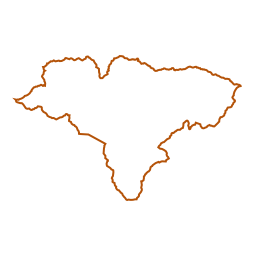 Contumaza, Cajamarca, Peru
{"feature_id": "86281439B42243270473185", "entity_name": "Contumaza", "entity_type": "district", "adm_level": 2, "iso_a3": "PER", "parent_name": "Peru", "parent_adm1": "Cajamarca", "projection": "albers", "projection_center": [-78.994, -7.42], "detail": "fine", "context": "isolated", "style": "outline", "palette": "amber", "viewbox_px": 256, "rotation_deg": 0, "n_neighbors": 0, "source": "geoboundaries", "source_scale": "gbopen_adm2", "svg_char_len": 5720}
<svg xmlns="http://www.w3.org/2000/svg" viewBox="0 0 256 256"><path d="M141.7,188.6L141.3,188.1L141.2,187.7L141.8,185.1L141.8,184.5L141.6,183.9L141.6,182.6L141.2,181.7L141.2,181.3L142.3,181.1L143.5,180.3L143.9,178.2L143.9,176.4L144.7,175.7L145.2,174.3L146.2,173.7L146.5,172.9L146.9,172.7L147.8,171.8L148.7,171.5L150.0,169.9L150.6,167.2L151.6,166.3L152.2,166.1L152.7,165.2L155.6,163.1L158.5,161.9L159.2,162.5L159.5,162.5L160.3,161.9L162.1,161.3L165.8,161.5L166.2,160.1L168.8,158.5L168.1,157.0L167.6,156.7L166.9,155.7L166.6,154.4L166.9,153.2L165.9,151.3L163.9,149.9L161.9,148.9L160.1,148.7L158.3,147.3L159.0,146.0L160.4,144.8L161.0,143.4L163.0,142.3L164.0,142.1L167.1,139.2L169.0,138.4L169.8,137.8L170.0,137.2L169.9,136.3L170.6,135.9L171.4,135.0L171.4,133.8L171.8,133.2L172.6,132.9L173.3,133.0L174.3,132.4L174.8,131.7L176.0,131.2L176.3,130.7L177.8,129.8L180.0,129.8L181.5,128.4L182.9,127.9L183.4,125.3L183.4,123.8L183.6,123.1L184.8,122.3L185.7,121.3L187.0,120.6L187.4,120.7L187.9,121.1L188.7,122.9L188.8,123.5L188.2,125.6L188.8,127.0L189.1,128.9L189.5,129.2L190.0,129.1L190.4,128.6L190.8,126.9L191.6,126.5L192.2,125.6L194.1,124.7L194.7,124.8L195.1,124.7L195.8,122.7L200.3,124.3L200.7,126.1L202.3,128.1L203.6,128.3L204.6,128.0L205.1,127.6L206.0,127.4L206.9,126.9L207.3,126.2L208.5,125.4L209.0,125.4L209.6,125.0L210.6,125.7L211.7,125.7L212.5,126.2L213.4,126.2L214.0,126.5L214.6,126.2L218.1,122.8L218.4,122.3L219.2,121.7L219.4,119.3L220.5,117.2L221.8,117.1L223.8,115.8L224.3,115.1L224.5,113.8L225.3,112.9L225.5,110.7L226.5,110.1L227.7,107.6L230.7,107.2L231.6,106.6L232.2,105.1L233.0,104.2L233.5,102.7L234.5,102.0L235.0,101.0L234.8,100.3L234.0,99.8L232.4,97.6L232.7,96.6L233.8,95.3L233.7,94.3L234.4,91.9L235.4,90.0L236.8,87.9L239.2,86.3L240.6,86.1L240.5,85.6L239.2,84.8L237.3,84.5L236.8,84.1L234.3,84.6L233.0,83.5L232.2,82.4L231.3,81.8L231.2,81.4L230.0,80.7L229.6,79.5L229.2,79.2L227.3,78.8L226.1,78.8L225.8,78.9L225.1,78.8L223.3,77.7L221.6,77.6L219.9,76.7L218.7,75.8L217.8,75.7L216.9,75.3L216.4,74.7L215.6,74.3L213.5,74.9L213.0,74.8L212.3,74.5L211.1,72.7L210.2,72.1L208.2,71.7L206.8,70.3L205.9,69.9L205.1,69.9L203.9,69.3L203.0,69.6L202.2,69.1L200.8,69.2L200.0,68.1L199.2,68.3L197.7,67.4L197.0,67.7L196.1,66.8L195.1,66.9L193.4,67.5L192.4,67.5L190.0,66.6L188.7,66.9L187.4,67.5L186.9,68.0L184.9,69.1L183.9,69.1L181.7,69.6L180.2,69.1L178.1,70.0L176.7,69.8L175.4,70.0L175.1,70.3L174.2,70.0L173.9,69.2L173.1,68.1L172.1,68.1L171.6,68.4L171.1,69.1L170.2,69.1L169.2,69.6L168.7,69.7L167.8,69.4L166.3,69.3L164.8,68.5L163.9,68.4L163.2,69.0L161.7,69.3L161.2,69.8L159.8,69.8L157.7,70.3L157.0,70.8L155.3,70.9L154.0,69.9L153.5,68.8L152.6,68.3L151.7,68.2L150.6,67.6L150.4,66.8L149.8,66.1L149.1,66.1L148.6,65.6L147.9,65.5L147.3,64.8L146.9,64.7L145.7,63.6L144.2,63.0L143.4,63.6L142.5,63.5L141.4,63.8L139.7,61.6L137.9,60.9L137.9,60.5L138.4,59.7L137.9,58.7L137.2,58.6L136.4,59.3L135.2,59.8L134.3,59.7L133.8,59.3L133.1,59.5L132.2,59.2L131.1,59.7L128.9,59.9L127.6,58.9L127.2,58.4L124.6,58.1L123.3,56.5L122.5,56.5L121.9,56.1L121.1,56.2L119.8,56.0L118.3,57.2L115.6,58.3L114.3,58.3L114.1,58.4L114.1,58.9L113.4,60.3L112.8,60.8L111.7,60.9L111.0,63.6L109.5,64.9L109.2,65.9L109.2,66.2L108.6,66.8L108.9,68.1L108.2,69.3L108.7,70.0L108.8,70.6L108.2,71.1L107.5,71.3L107.1,72.3L107.6,73.7L107.6,74.2L104.4,75.8L102.9,77.7L102.3,78.1L100.4,78.1L99.7,77.1L99.4,76.0L99.7,74.2L99.1,72.4L98.9,68.8L97.1,67.5L96.2,67.2L96.5,65.4L96.3,64.5L95.4,63.6L94.3,62.0L93.6,60.4L92.0,59.9L90.8,59.0L89.6,57.7L88.7,57.5L88.3,56.8L87.9,56.5L86.7,56.7L86.2,56.9L85.6,58.7L84.2,59.2L82.5,60.4L81.7,60.2L78.8,58.2L76.9,58.9L76.2,59.5L75.0,60.1L74.4,60.2L73.9,60.1L72.4,58.8L71.1,58.3L70.5,58.4L69.4,59.2L65.9,58.0L65.1,58.4L64.9,59.0L64.2,59.7L61.6,61.0L59.6,61.1L58.9,60.6L55.7,61.3L55.3,61.3L53.8,60.4L52.4,61.3L50.6,61.3L50.0,62.0L49.1,62.5L48.2,63.5L47.1,63.4L46.6,65.1L44.3,66.9L43.1,67.0L43.6,68.4L43.8,69.6L44.2,70.2L45.0,70.7L44.3,71.1L43.8,71.9L43.5,74.1L42.3,75.5L42.0,76.6L44.3,79.9L44.4,81.4L44.9,82.1L45.2,83.4L45.0,85.8L44.6,85.7L43.8,85.2L43.2,85.9L42.8,85.9L42.1,85.2L41.0,84.8L39.3,85.8L38.2,85.8L37.2,86.6L35.7,86.6L34.8,87.2L33.8,87.4L31.8,89.8L31.6,91.0L30.8,91.4L30.6,92.1L29.5,93.5L27.7,94.9L26.2,95.6L24.8,95.9L24.0,96.9L22.5,98.0L20.8,98.8L19.2,99.2L18.8,99.7L18.4,99.8L17.4,99.5L16.7,99.8L15.4,99.5L16.0,100.1L16.2,101.6L17.1,102.2L20.0,103.1L21.9,103.2L23.2,104.4L25.7,108.0L26.3,108.5L27.4,108.8L29.2,108.5L29.6,109.0L31.2,110.0L32.2,109.8L32.9,109.2L33.9,109.2L35.1,108.0L35.9,108.1L37.0,107.4L37.9,106.3L41.0,106.8L41.5,107.1L41.8,107.6L41.8,109.2L42.0,110.0L43.5,111.9L45.6,113.0L46.4,113.7L47.3,115.2L47.5,115.8L49.4,116.9L51.5,117.6L52.0,118.1L53.7,118.0L55.9,119.3L56.4,119.4L60.1,117.4L61.4,117.3L62.6,116.9L63.7,115.8L65.1,115.4L65.6,114.4L66.2,114.0L67.4,114.3L67.9,115.2L69.5,115.3L69.3,116.3L69.5,118.1L69.0,120.0L69.1,121.1L71.0,122.0L71.5,123.5L71.9,123.9L73.1,124.8L74.4,125.1L74.9,126.1L75.9,126.6L76.8,127.6L77.6,129.9L78.4,130.7L79.0,132.5L79.0,133.8L80.1,134.0L88.4,134.5L105.4,143.8L104.3,145.8L104.4,146.8L104.0,148.0L103.6,153.5L105.4,155.8L105.3,158.2L106.5,159.0L107.1,159.8L107.9,160.2L107.9,161.0L107.2,161.7L106.6,163.5L106.7,164.8L107.0,165.9L110.3,168.0L111.4,169.4L113.2,170.2L113.3,170.5L113.4,172.3L113.0,175.5L112.8,176.3L112.1,177.3L111.8,178.2L112.5,179.4L112.7,180.5L112.5,181.8L113.5,182.6L114.5,182.9L114.9,185.3L115.2,185.8L116.2,186.6L116.0,187.8L116.9,189.4L118.2,190.2L119.1,190.4L119.7,191.4L120.3,191.8L120.6,192.5L122.2,193.6L122.8,195.3L123.4,195.9L124.0,196.8L125.0,197.7L126.1,199.4L127.1,200.0L128.5,199.6L130.7,199.9L132.9,199.8L135.2,199.3L136.6,199.3L137.1,197.8L138.3,196.9L139.0,195.8L138.9,195.0L139.1,194.3L141.1,191.8L141.9,189.9L141.7,188.6Z" fill="none" stroke="#b45309" stroke-width="2"/></svg>